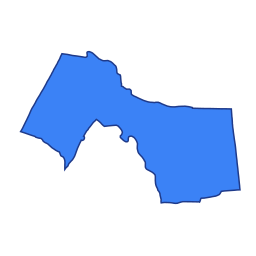 Kebemer, Louga, Senegal, rotated 356°
{"feature_id": "50182788B60047071387499", "entity_name": "Kebemer", "entity_type": "district", "adm_level": 2, "iso_a3": "SEN", "parent_name": "Senegal", "parent_adm1": "Louga", "projection": "albers", "projection_center": [-16.284, 15.311], "detail": "fine", "context": "isolated", "style": "filled", "palette": "blue", "viewbox_px": 256, "rotation_deg": 356, "n_neighbors": 0, "source": "geoboundaries", "source_scale": "gbopen_adm2", "svg_char_len": 5108}
<svg xmlns="http://www.w3.org/2000/svg" viewBox="0 0 256 256"><g transform="rotate(356 128 128)"><path d="M173.5,206.1L175.5,205.6L177.5,205.3L178.9,205.4L185.3,205.9L188.5,206.2L190.9,206.4L192.7,206.6L193.8,206.5L194.1,206.9L194.3,206.8L194.4,206.7L194.6,206.3L194.8,205.9L194.9,205.5L195.1,205.1L195.3,204.7L195.4,204.3L195.5,204.0L195.6,203.7L195.9,203.3L196.1,203.2L196.3,203.2L196.7,203.1L197.6,203.2L198.4,203.2L199.1,203.2L199.6,203.2L200.3,203.1L201.5,203.0L202.7,202.9L203.6,202.8L204.7,202.7L205.7,202.6L207.1,202.4L207.9,202.3L209.1,202.2L209.8,202.1L210.2,202.1L210.8,202.0L211.5,201.8L212.1,201.6L212.8,201.4L213.4,201.1L214.0,200.9L214.4,200.7L214.8,200.3L215.2,199.9L215.5,199.5L215.8,199.0L216.2,198.5L216.6,197.7L219.9,197.5L223.1,197.5L226.3,197.5L229.6,197.5L232.8,197.4L235.4,197.5L235.3,195.3L235.3,193.1L235.2,190.9L235.1,187.6L235.0,184.3L234.8,180.2L234.7,176.1L234.5,172.0L234.4,170.4L234.4,168.2L234.2,164.3L234.1,161.7L234.0,158.8L234.0,158.5L233.9,154.8L233.8,152.8L233.5,149.1L233.2,145.5L233.1,143.3L233.0,142.9L233.0,142.5L233.0,142.4L232.8,139.3L232.7,136.8L232.5,134.4L232.5,133.5L232.5,131.8L232.4,131.2L232.5,129.3L232.5,125.0L232.4,124.5L232.4,121.7L232.4,119.0L232.4,116.2L229.2,115.9L225.9,115.6L222.7,115.4L219.5,115.1L219.4,115.1L216.3,114.8L213.0,114.5L209.8,114.2L206.6,114.0L203.4,113.7L200.1,113.4L199.8,113.4L199.4,113.3L193.7,112.8L193.7,112.1L191.9,111.5L189.8,110.9L186.2,110.2L185.1,110.2L183.0,110.1L179.8,110.0L178.6,110.1L177.6,110.1L177.0,110.2L175.9,110.2L173.7,110.0L172.0,109.8L170.2,109.3L168.8,108.9L166.1,107.6L163.3,106.2L161.3,105.0L159.6,104.5L159.6,104.4L157.5,104.3L156.3,104.5L154.0,104.1L152.2,103.9L150.1,103.4L148.7,102.9L145.5,101.6L141.2,99.3L139.6,98.4L138.3,97.6L136.3,96.6L135.0,95.7L133.8,94.7L133.7,93.6L133.7,92.0L133.7,90.8L132.9,89.8L132.1,89.3L131.6,89.3L130.3,89.2L129.2,89.2L128.4,88.5L126.9,87.5L125.9,86.4L125.7,86.3L124.9,86.0L124.4,85.8L124.6,83.3L124.3,82.4L124.2,79.0L124.2,75.6L123.9,74.5L123.3,74.3L121.5,73.1L121.2,72.8L120.8,71.9L120.8,68.6L120.5,66.6L120.4,66.3L120.4,66.2L119.9,65.1L119.6,64.9L118.4,63.6L117.1,62.1L115.4,60.6L113.7,59.8L112.6,59.3L111.4,59.3L109.5,59.3L108.6,59.2L108.3,59.2L107.5,59.0L107.3,58.9L105.8,58.1L104.7,57.4L103.7,56.9L102.7,55.7L101.9,54.9L99.7,52.6L97.8,50.7L96.1,49.7L94.6,49.1L93.6,49.1L92.8,49.3L92.4,49.7L92.3,50.5L92.4,51.8L92.4,52.7L92.2,53.8L91.4,54.3L90.8,54.5L89.9,54.5L88.5,54.1L86.3,53.6L84.1,53.1L81.9,52.6L77.7,51.8L72.8,50.4L67.3,49.3L67.2,49.6L66.4,50.8L65.6,52.2L64.8,54.0L63.8,55.6L62.6,57.4L61.9,58.9L61.3,59.6L60.6,60.7L59.3,62.7L58.1,64.4L57.0,66.5L56.3,67.4L55.6,68.6L55.0,69.7L54.1,71.0L53.2,72.4L52.6,73.4L51.5,74.9L50.5,76.3L49.5,78.1L48.3,80.0L46.1,83.4L44.7,85.3L43.3,87.3L42.4,88.8L41.2,90.4L39.2,93.2L38.3,94.6L38.1,94.9L37.4,96.2L36.4,97.7L35.6,98.9L34.6,100.3L33.6,101.7L32.7,103.2L31.8,104.9L31.1,106.3L29.9,108.6L28.9,110.3L27.4,113.0L26.3,114.8L25.4,116.4L24.1,118.6L23.1,120.4L21.9,122.3L20.6,124.1L24.1,125.5L27.6,127.0L31.1,128.5L34.6,129.9L35.3,130.7L37.8,131.7L40.6,132.4L41.8,133.7L42.4,135.1L43.4,136.1L44.5,136.9L46.0,137.7L46.9,138.3L50.7,142.3L51.2,142.7L52.4,143.6L54.4,145.2L56.8,146.7L57.9,147.1L58.8,150.2L59.0,150.9L59.8,151.5L61.2,152.3L61.4,152.6L62.2,153.9L62.7,156.1L62.7,158.1L62.5,159.7L62.1,164.7L62.1,164.9L63.2,163.5L65.3,161.8L65.9,160.6L66.6,159.3L67.8,158.2L69.1,156.9L70.4,155.8L71.7,154.0L72.7,152.5L73.6,150.6L74.7,148.1L76.2,144.7L77.6,142.1L78.9,139.7L80.1,137.8L80.5,136.9L81.7,137.2L82.9,136.7L83.6,135.8L83.6,135.7L83.7,135.4L83.9,134.9L83.8,133.7L83.1,133.2L83.8,132.1L84.3,131.4L85.1,130.1L85.8,129.2L86.2,128.4L87.2,127.5L88.0,126.8L88.7,125.6L89.9,124.4L91.0,123.2L93.8,120.0L94.7,119.3L95.6,118.6L95.9,118.4L96.6,117.6L96.7,117.4L97.0,117.2L97.8,117.8L98.1,118.1L98.8,118.6L100.0,119.8L101.1,120.9L101.8,121.9L103.2,123.5L104.5,124.7L107.0,124.6L108.8,124.5L113.2,124.4L116.6,124.4L118.5,125.5L119.3,126.6L120.2,127.7L121.4,129.6L121.8,130.6L122.1,131.8L121.6,133.4L120.8,134.6L119.8,135.3L119.7,136.8L120.5,137.8L121.2,138.5L122.2,139.6L123.2,140.5L124.1,141.1L124.7,141.5L125.9,141.7L126.7,141.5L127.1,141.1L127.4,140.3L127.6,138.1L128.2,136.8L129.1,136.4L130.4,136.3L131.0,136.4L131.5,136.6L133.4,137.9L134.3,139.1L135.0,140.3L135.8,142.0L136.1,143.1L136.4,144.4L136.2,145.5L136.0,147.0L135.9,147.8L135.8,149.3L136.0,150.5L136.2,151.7L136.4,152.7L136.9,153.9L137.7,155.0L138.5,156.1L139.6,157.4L140.2,158.2L140.8,159.2L141.2,159.9L141.4,160.1L141.6,160.5L142.1,161.9L142.5,162.3L142.8,163.1L142.9,164.5L142.8,165.2L142.7,166.6L142.6,167.8L142.7,168.7L143.0,169.3L143.6,170.3L144.1,170.6L144.6,171.0L145.8,171.7L148.0,173.1L148.8,173.6L150.1,174.7L151.1,175.8L151.7,176.6L151.9,178.1L151.7,181.1L151.6,181.9L151.6,183.0L151.6,185.1L151.8,186.7L152.3,188.5L153.2,190.6L153.4,192.0L153.9,192.8L154.5,193.6L154.8,194.4L155.2,195.3L155.3,196.4L155.3,197.1L155.8,200.2L156.1,201.6L156.0,202.2L155.9,202.8L155.8,204.1L155.9,205.0L157.1,204.9L159.1,204.8L160.1,204.9L164.2,205.3L166.5,205.7L166.9,205.8L168.9,206.3L170.2,206.5L172.1,206.5L173.5,206.1Z" fill="#3b82f6" stroke="#1e3a8a" stroke-width="1.5"/></g></svg>